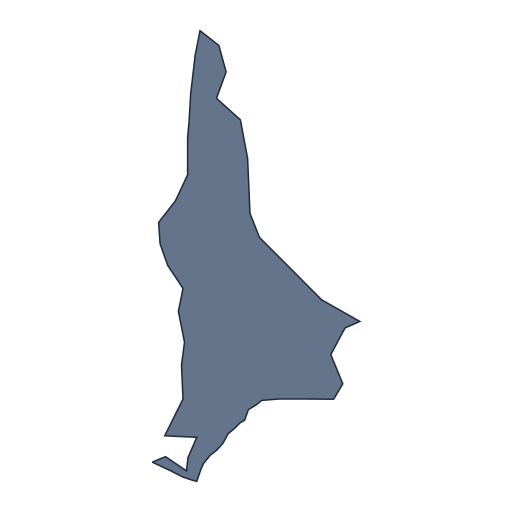 Farmakas, Nicosia, Cyprus (Mercator projection)
{"feature_id": "46923920B39374943744030", "entity_name": "Farmakas", "entity_type": "district", "adm_level": 2, "iso_a3": "CYP", "parent_name": "Cyprus", "parent_adm1": "Nicosia", "projection": "mercator", "projection_center": [33.141, 34.929], "detail": "fine", "context": "isolated", "style": "filled", "palette": "slate", "viewbox_px": 512, "rotation_deg": 0, "n_neighbors": 0, "source": "geoboundaries", "source_scale": "gbopen_adm2", "svg_char_len": 977}
<svg xmlns="http://www.w3.org/2000/svg" viewBox="0 0 512 512"><path d="M200.0,30.7L195.2,55.0L190.7,93.4L189.1,121.1L187.6,137.9L187.6,174.8L175.4,200.9L158.6,222.4L160.1,243.9L167.7,265.4L183.0,288.4L178.4,311.4L184.5,342.2L181.5,365.2L183.0,399.0L164.7,435.8L196.8,437.3L187.9,457.8L187.9,458.2L186.5,470.9L165.6,456.7L161.4,458.3L159.6,459.0L157.8,459.8L152.2,462.2L152.3,462.2L171.9,471.4L172.1,471.6L181.0,476.1L182.4,476.8L182.5,476.9L187.2,478.5L192.3,480.2L195.3,480.9L196.6,481.3L196.7,481.2L197.0,480.7L200.9,469.4L203.5,463.5L210.2,455.3L217.0,449.9L223.0,443.2L224.7,440.1L226.2,437.4L228.1,433.8L234.2,428.7L239.9,423.0L244.6,420.2L248.4,409.6L256.3,404.8L260.3,401.6L260.7,401.2L261.6,400.4L279.3,399.0L305.3,399.0L333.7,399.2L342.8,383.8L330.8,354.6L345.0,328.0L359.8,321.4L353.7,318.0L321.6,299.8L293.0,271.0L259.5,237.5L250.0,213.5L247.6,158.3L240.4,119.9L216.5,98.3L226.1,71.9L218.9,45.5L200.0,30.7Z" fill="#64748b" stroke="#1e293b" stroke-width="1.5"/></svg>